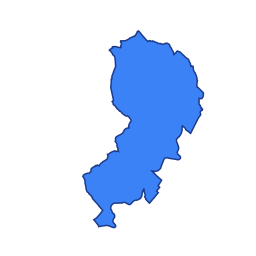 Barbatesti, Gorj, Romania, rotated 44°
{"feature_id": "2599482B4781190450425", "entity_name": "Barbatesti", "entity_type": "district", "adm_level": 2, "iso_a3": "ROU", "parent_name": "Romania", "parent_adm1": "Gorj", "projection": "natural_earth1", "projection_center": [23.486, 44.864], "detail": "fine", "context": "isolated", "style": "filled", "palette": "blue", "viewbox_px": 256, "rotation_deg": 44, "n_neighbors": 0, "source": "geoboundaries", "source_scale": "gbopen_adm2", "svg_char_len": 5763}
<svg xmlns="http://www.w3.org/2000/svg" viewBox="0 0 256 256"><g transform="rotate(44 128 128)"><path d="M175.5,219.3L177.2,216.8L180.0,213.3L180.8,212.5L182.8,211.3L184.7,210.7L186.9,209.6L187.3,209.2L187.6,208.5L187.7,208.1L187.6,207.7L187.4,207.2L186.9,206.8L186.2,206.5L183.2,206.2L182.6,206.0L181.8,205.5L181.3,204.7L180.8,203.8L180.5,201.9L180.2,201.2L179.8,200.7L179.2,200.2L178.1,199.6L176.8,199.6L176.2,199.8L175.3,199.6L173.5,198.7L171.8,198.1L171.2,197.7L170.7,197.1L170.1,195.8L169.9,195.2L169.7,193.8L169.8,193.2L170.0,192.4L170.2,191.8L170.6,191.2L172.8,189.2L174.5,187.3L175.7,186.3L176.0,185.7L176.1,185.1L176.5,184.5L177.7,183.6L179.3,183.1L181.1,182.7L181.8,182.4L182.5,181.7L182.7,181.4L182.8,180.6L182.7,178.2L182.7,176.7L183.3,175.1L184.2,174.1L184.9,173.1L185.9,169.9L185.3,167.8L185.0,167.1L183.6,165.2L182.4,163.2L182.1,162.4L181.8,160.9L182.1,160.8L182.5,161.1L182.8,162.0L183.2,162.5L183.9,162.4L184.4,162.9L185.9,163.6L186.5,163.9L187.3,164.7L187.7,165.5L187.8,166.0L189.7,166.4L190.3,166.9L195.6,167.2L195.6,165.9L195.3,162.0L195.3,160.7L194.7,153.5L192.4,153.6L192.0,148.7L189.9,148.7L189.4,146.6L189.1,145.4L188.8,143.8L188.4,142.2L181.9,142.5L175.1,142.3L176.3,141.4L177.5,140.7L178.0,139.9L178.7,138.9L179.2,137.6L179.5,136.1L179.4,134.0L179.0,133.5L178.7,133.2L178.1,131.3L177.5,130.3L175.8,125.9L175.5,124.9L175.6,123.9L176.0,123.1L176.6,122.4L179.7,120.5L184.1,117.3L185.4,116.6L186.1,116.1L186.8,114.8L186.7,113.4L186.0,112.5L185.2,112.1L184.6,112.1L181.9,112.2L180.7,111.6L180.0,110.7L179.0,108.0L178.0,106.8L176.2,105.8L172.6,104.1L172.0,103.8L171.4,103.2L171.0,102.7L170.6,101.4L170.6,99.8L170.8,99.2L170.9,98.8L170.7,97.7L170.3,95.7L170.0,94.8L169.2,93.2L168.3,91.9L165.6,89.1L165.6,88.8L165.7,88.6L167.2,88.6L168.7,88.4L170.0,88.7L170.7,89.1L171.6,89.0L172.2,88.9L175.0,88.5L176.0,88.4L176.6,88.6L176.8,88.5L174.9,82.3L173.8,78.9L172.6,74.9L171.9,72.9L171.4,70.5L171.2,68.5L171.0,68.0L170.5,67.4L169.4,67.0L168.7,66.0L168.4,65.7L169.0,64.0L169.0,63.6L168.7,63.4L167.7,63.3L168.2,62.7L165.0,62.2L164.8,62.1L164.7,61.8L164.5,61.7L162.4,61.4L160.8,59.6L158.9,57.8L158.5,57.4L159.7,56.6L160.4,56.0L160.6,55.4L160.5,54.1L160.0,52.9L158.7,51.2L157.7,50.3L155.2,50.3L151.7,50.2L150.3,50.3L149.5,50.6L149.4,50.4L148.5,49.9L148.1,49.8L147.1,48.6L146.7,48.2L144.9,45.5L144.0,45.3L143.8,45.2L143.3,44.5L141.3,43.2L140.4,42.9L139.1,42.2L138.0,41.7L136.4,41.5L135.0,40.9L134.5,40.6L132.0,38.4L131.0,39.0L130.5,39.8L130.4,39.5L129.2,39.1L128.1,38.3L126.2,37.7L124.0,36.7L122.9,36.7L122.1,36.9L121.4,37.2L120.5,37.0L119.3,37.2L118.4,37.1L117.5,37.2L116.6,37.1L115.6,37.2L113.2,37.1L112.0,37.4L111.0,38.0L110.1,38.3L109.9,38.5L109.9,38.9L110.2,40.5L110.0,42.1L110.1,43.3L109.5,43.2L108.4,42.1L107.9,41.8L106.5,41.6L104.5,40.8L103.4,40.5L102.8,40.2L102.3,40.4L101.7,40.3L100.8,39.6L100.2,39.4L99.7,39.2L97.7,39.6L96.9,40.4L96.3,40.6L96.0,41.4L95.8,41.8L95.6,42.4L95.2,43.4L95.0,43.6L94.1,43.9L93.4,44.5L92.7,44.6L91.1,46.2L90.7,46.3L89.5,46.4L88.1,47.3L87.0,47.5L86.2,47.9L85.8,48.2L85.2,48.3L85.2,48.9L84.6,49.4L83.8,49.6L83.0,50.0L82.9,50.1L82.9,50.5L82.7,50.5L82.3,51.1L82.1,51.7L82.2,52.0L81.9,52.0L80.5,51.9L80.1,52.0L78.6,51.9L77.7,51.7L74.3,51.5L68.8,50.8L68.3,50.9L68.4,51.2L68.0,51.3L67.8,51.6L67.8,52.3L67.9,52.8L68.4,53.2L68.4,54.2L68.8,54.8L68.7,55.1L68.9,55.6L68.9,56.4L69.0,56.8L68.8,57.2L68.9,57.7L68.4,57.9L67.9,59.8L67.4,60.5L67.3,61.1L66.7,62.4L66.9,62.7L66.8,63.5L65.6,66.8L65.3,67.3L62.2,70.4L63.1,71.5L64.6,71.7L65.0,72.0L65.5,73.4L65.7,74.0L66.0,74.3L66.8,74.4L66.9,75.4L64.6,76.9L64.1,77.1L63.0,77.7L62.5,78.2L62.0,78.4L61.5,79.0L61.0,79.7L60.5,80.2L60.4,80.4L60.5,80.6L61.3,81.0L61.1,81.2L60.9,81.4L60.7,82.7L60.7,83.9L60.4,84.3L60.4,84.5L60.7,84.5L60.7,85.0L62.9,84.9L63.9,85.1L66.2,85.8L66.9,85.9L67.6,85.8L68.8,85.9L70.3,86.8L70.8,87.5L72.1,88.4L73.6,89.8L75.1,91.3L76.0,91.8L76.7,93.0L77.2,94.4L77.6,95.3L77.9,96.3L79.6,99.7L80.2,101.5L80.7,102.2L82.3,103.8L82.3,104.2L82.0,104.5L84.6,107.2L87.4,110.8L98.3,118.1L98.5,118.8L98.4,119.1L98.2,119.3L98.3,119.5L98.3,120.1L99.3,120.0L100.4,120.6L100.5,121.0L101.6,121.4L102.9,120.9L105.4,121.5L106.4,121.6L107.7,121.7L108.4,121.5L110.2,121.7L110.6,121.6L110.9,121.3L112.5,121.3L113.9,121.5L115.3,121.3L116.9,121.0L117.7,121.0L118.8,120.3L119.2,119.8L120.7,119.4L122.1,119.7L123.4,119.8L124.3,120.0L125.3,120.5L125.4,121.0L125.7,123.2L126.4,124.9L127.6,126.8L127.9,127.0L128.6,127.2L127.3,129.0L126.8,130.3L126.7,132.1L127.4,134.0L127.7,136.1L127.2,137.6L127.1,138.4L126.3,139.9L126.0,141.7L125.7,142.4L125.8,143.4L126.7,144.7L126.9,144.9L127.5,145.1L127.9,146.1L128.1,146.6L129.0,146.6L130.7,147.0L131.9,147.7L132.4,148.5L132.6,148.7L133.9,149.3L135.0,149.5L135.4,150.3L136.8,151.3L137.3,151.5L136.8,151.7L136.1,152.5L135.8,153.2L134.6,153.4L134.3,153.6L133.9,154.6L133.2,155.9L132.7,157.5L132.3,158.7L132.3,159.7L132.2,160.3L132.0,160.7L131.5,161.2L132.6,161.7L133.1,162.2L134.4,164.3L134.5,165.0L134.5,165.4L133.6,168.9L133.3,169.6L133.4,170.6L133.2,171.9L133.0,172.1L133.2,173.9L133.6,175.4L133.3,175.6L132.8,175.6L131.6,175.9L131.5,177.3L131.2,177.7L130.7,177.7L130.6,178.2L130.6,178.5L130.9,178.9L130.8,179.3L130.2,180.2L130.0,180.8L130.0,181.9L129.8,182.4L130.2,183.6L131.1,184.4L131.4,184.5L131.4,184.8L131.3,185.6L131.6,186.7L131.5,187.2L131.1,187.7L129.9,189.3L129.2,190.8L129.2,191.1L128.8,191.6L128.8,192.4L128.7,193.1L129.2,194.2L129.6,194.4L131.1,194.6L132.7,195.3L134.4,196.4L135.4,197.5L139.1,199.9L139.9,200.8L141.1,201.5L142.8,202.2L143.2,202.3L144.4,202.0L144.7,202.0L145.6,202.5L148.4,202.3L149.6,202.8L150.3,202.6L150.9,203.1L152.1,203.5L161.4,204.1L161.4,204.3L166.5,204.8L167.0,204.7L167.6,209.2L167.8,213.7L167.7,215.3L167.1,217.8L169.2,217.9L173.9,218.6L174.7,218.8L175.5,219.3Z" fill="#3b82f6" stroke="#1e3a8a" stroke-width="1.5"/></g></svg>